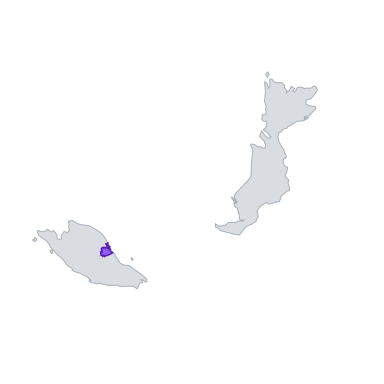 Kuantan, Pahang, Malaysia (highlighted), rotated 328°
{"feature_id": "92858781B15723972552413", "entity_name": "Kuantan", "entity_type": "district", "adm_level": 2, "iso_a3": "MYS", "parent_name": "Malaysia", "parent_adm1": "Pahang", "projection": "natural_earth1", "projection_center": [103.122, 3.898], "detail": "fine", "context": "in_parent", "style": "filled", "palette": "violet", "viewbox_px": 384, "rotation_deg": 328, "n_neighbors": 0, "source": "geoboundaries", "source_scale": "gbopen_adm2", "svg_char_len": 6051}
<svg xmlns="http://www.w3.org/2000/svg" viewBox="0 0 384 384"><g transform="rotate(328 192 192)"><path d="M325.3,190.8L323.3,190.4L320.4,188.4L317.5,187.6L309.1,187.6L307.9,187.0L306.2,188.2L303.3,187.2L301.6,187.3L299.8,188.5L297.2,187.4L295.9,189.2L294.2,190.4L292.4,195.2L292.0,201.0L292.4,204.6L291.6,206.5L291.2,210.6L290.6,212.4L288.2,213.1L287.2,212.5L285.1,215.0L284.6,216.1L284.5,220.0L286.1,221.3L286.1,222.1L282.7,225.4L279.7,227.3L279.2,228.9L280.4,232.4L279.9,234.0L278.3,234.9L277.2,239.3L275.7,242.1L275.2,242.4L273.1,241.5L265.2,242.8L262.9,245.1L260.6,246.5L258.8,245.2L257.9,245.3L250.5,242.8L250.2,240.6L249.4,240.2L241.8,240.4L237.0,242.7L235.2,248.3L232.7,248.9L230.8,250.8L227.5,250.6L225.5,251.1L222.3,250.2L219.2,250.1L209.4,253.6L206.3,251.1L196.8,241.1L195.4,239.3L195.1,236.3L194.1,235.7L193.7,234.9L193.5,234.0L195.0,231.5L196.5,234.7L198.9,236.5L203.0,237.7L206.9,237.3L212.2,240.6L214.0,241.1L215.8,240.9L219.2,243.4L221.2,243.5L218.5,241.8L218.0,240.4L218.3,239.0L220.1,237.0L220.3,233.9L221.6,230.8L221.9,229.4L221.0,228.3L220.7,226.4L221.5,223.7L223.3,225.1L224.8,224.8L224.8,220.0L225.9,217.9L227.7,216.5L246.0,211.7L249.0,210.6L251.0,209.1L257.6,199.0L265.4,189.4L266.4,186.0L266.4,183.7L266.8,183.1L267.7,182.8L269.4,184.0L270.3,185.0L271.9,189.0L273.5,189.2L276.0,193.1L276.6,193.6L277.4,193.3L279.4,190.8L279.9,189.0L279.5,188.7L280.4,186.6L279.6,185.2L278.9,180.4L283.4,177.0L283.5,180.9L284.8,186.6L287.1,187.4L288.3,187.1L287.6,185.4L287.4,182.0L286.7,179.8L285.3,176.9L289.1,176.3L292.1,173.3L292.5,171.4L290.6,170.2L289.9,168.8L289.8,167.2L292.8,163.6L293.2,164.6L295.1,164.9L296.0,164.9L297.3,163.4L298.0,161.3L300.3,158.3L301.5,153.6L307.3,146.1L311.9,137.2L312.8,138.0L313.1,140.3L312.1,144.5L314.2,143.5L317.6,137.6L319.7,138.6L319.6,140.2L320.4,143.2L326.2,147.0L327.0,150.9L325.7,152.3L326.2,156.0L325.8,157.2L323.9,158.2L329.1,157.2L332.1,155.0L334.0,158.7L331.0,160.1L331.7,161.6L334.5,160.7L336.2,159.5L337.9,159.7L340.5,161.2L341.3,162.0L341.9,163.8L343.8,164.4L347.8,166.9L351.4,166.9L352.7,168.1L352.6,171.3L350.7,173.1L343.2,175.7L341.2,175.7L338.4,174.7L336.5,175.3L335.2,178.3L337.5,181.3L341.5,184.5L342.0,185.3L341.2,186.8L332.4,189.3L330.5,189.0L327.3,187.5L325.3,190.8ZM39.0,147.6L40.0,143.3L41.4,143.1L42.7,145.6L47.4,147.5L48.8,146.9L49.4,147.3L50.1,148.0L51.4,151.4L54.3,151.4L54.7,156.9L53.3,159.0L53.1,160.4L55.3,162.9L56.6,162.3L57.7,160.0L62.6,157.8L64.6,160.2L66.4,160.2L67.8,159.4L68.8,156.4L70.7,154.2L71.5,151.4L74.3,152.2L75.4,152.8L78.6,158.7L82.8,162.8L85.9,165.1L87.8,167.3L93.0,177.9L93.7,181.3L93.9,186.6L93.1,194.5L92.2,198.4L92.4,200.3L93.7,203.1L93.3,205.8L93.4,214.3L95.0,217.3L99.6,221.0L106.2,237.3L107.4,241.9L106.7,243.6L105.5,244.1L104.5,243.2L103.9,241.0L102.3,239.2L102.5,242.4L99.6,242.0L97.6,242.5L95.3,244.7L94.1,244.8L92.1,240.6L84.5,236.0L81.7,234.8L78.8,231.2L72.2,227.3L68.0,223.5L66.2,221.1L61.9,219.0L60.1,216.6L58.3,215.2L59.2,212.8L58.3,208.2L55.3,204.1L53.8,201.2L51.0,198.3L48.8,194.7L50.1,193.6L47.9,189.8L47.1,186.9L47.1,181.7L44.8,174.2L42.8,163.9L43.2,160.3L42.7,156.3L39.0,147.6ZM317.8,133.9L316.8,134.9L316.5,132.1L317.9,130.6L319.8,130.4L319.9,132.9L319.4,133.5L317.8,133.9ZM34.6,147.2L35.7,149.2L34.9,150.4L34.2,150.1L32.9,151.0L31.4,149.1L31.3,148.1L33.0,148.3L34.6,147.2ZM223.9,224.1L223.4,224.4L222.6,223.7L222.4,217.9L223.0,217.4L223.7,218.6L223.9,224.1ZM42.6,167.3L41.4,170.0L40.2,169.7L40.4,166.6L41.1,166.2L42.6,167.3ZM330.4,190.5L328.1,190.9L326.5,190.8L326.7,189.3L327.5,189.1L330.4,190.5ZM106.3,218.1L105.0,218.2L104.8,217.5L105.7,215.5L106.3,218.1ZM58.6,213.3L57.8,213.6L57.9,212.4L58.5,211.8L58.6,213.3Z" fill="#d9dde1" stroke="#a8b0b8" stroke-width="1"/><path d="M85.0,192.1L84.9,192.4L84.9,192.7L84.8,192.9L84.8,193.0L84.9,193.3L84.8,193.6L84.7,193.8L84.4,193.9L84.2,193.9L84.1,194.0L84.0,194.3L83.9,194.5L83.9,194.8L83.8,195.1L83.8,195.3L83.6,195.3L83.4,195.3L83.3,195.2L83.2,195.0L83.2,194.9L83.0,194.7L83.0,194.8L82.9,194.9L82.8,195.1L82.7,195.1L82.5,195.3L82.4,195.3L82.3,195.5L82.2,195.7L82.0,195.8L82.0,196.0L81.9,196.2L81.9,196.4L81.8,196.6L81.7,196.8L81.5,197.0L81.4,197.2L81.5,197.2L81.5,197.3L81.4,197.5L81.5,197.6L81.7,197.8L81.8,197.9L81.9,198.0L81.9,198.3L82.0,198.4L82.2,198.6L82.3,198.7L82.3,198.8L82.4,198.7L82.5,198.6L82.8,198.6L83.0,198.7L83.0,198.8L83.0,199.0L83.1,199.3L83.3,199.4L83.4,199.5L83.4,199.8L83.5,199.7L83.7,199.4L83.8,199.3L84.0,199.4L84.1,199.5L84.3,199.8L84.5,199.9L84.5,200.0L84.4,200.1L84.5,200.1L84.7,200.3L84.8,200.3L84.9,200.5L88.2,201.2L88.3,201.3L92.0,201.5L92.3,201.5L92.5,201.5L92.7,201.4L92.5,201.2L92.4,200.9L92.1,200.4L91.9,199.9L91.7,199.4L91.6,199.0L91.6,198.8L91.6,198.6L91.7,198.3L91.7,198.2L91.8,197.9L91.9,197.7L92.0,197.7L92.3,197.8L92.4,197.7L92.4,197.4L92.4,197.2L92.3,196.8L92.3,196.7L92.3,196.4L92.3,196.1L92.2,195.9L92.2,195.7L92.3,195.6L92.4,195.4L92.5,195.2L92.7,194.9L92.9,194.7L93.0,194.7L93.2,194.8L93.3,194.9L93.4,194.7L93.2,194.4L93.1,194.2L92.9,193.7L92.7,193.0L92.5,192.3L92.6,192.0L92.6,191.8L92.7,191.7L92.9,191.6L93.0,191.5L93.0,191.3L93.0,191.1L93.0,190.8L93.3,190.7L93.5,190.7L93.3,190.5L93.0,190.6L92.8,190.7L91.9,190.7L91.7,190.4L91.6,190.5L91.5,190.4L91.4,190.4L91.4,190.5L91.5,190.6L91.5,190.8L91.6,191.0L91.6,191.3L91.6,191.5L91.3,191.8L91.2,192.1L91.3,192.3L91.2,192.4L91.2,192.5L91.2,192.9L91.4,192.9L91.5,192.9L91.5,193.0L91.6,193.3L91.6,193.5L91.6,193.9L91.6,194.0L91.6,194.3L91.6,194.5L91.7,194.8L91.7,195.0L91.6,195.3L91.4,195.4L91.3,195.5L91.2,195.5L91.3,195.8L91.4,196.0L91.3,196.3L91.2,196.1L90.8,195.2L90.7,195.2L90.6,194.9L90.7,194.7L90.6,194.4L90.4,194.3L90.4,194.2L90.2,193.9L90.2,193.7L89.9,193.7L89.9,193.8L89.7,193.8L89.7,193.7L89.6,193.4L89.4,193.4L89.4,193.5L89.2,193.5L89.0,193.4L88.9,193.4L88.8,193.2L88.7,193.1L88.4,193.0L88.4,192.9L88.3,192.7L88.2,192.7L88.2,192.4L87.9,192.3L87.7,192.3L87.6,192.2L87.4,192.3L87.4,192.1L87.4,191.9L87.2,191.8L86.9,191.8L86.7,191.7L86.6,191.8L86.4,191.7L86.2,191.6L85.9,191.7L85.9,191.8L85.7,191.8L85.4,192.0L85.2,192.1L85.0,192.1Z" fill="#8b5cf6" stroke="#5b21b6" stroke-width="1.5"/></g></svg>